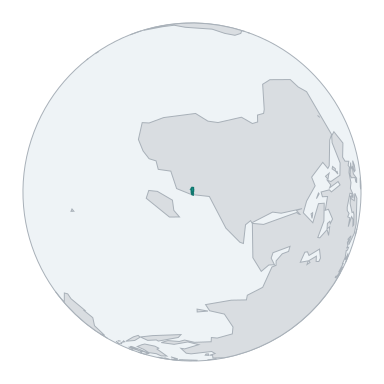 globe centered on Mtwara, rotated 108°
{"feature_id": "TZA-3388", "entity_name": "Mtwara", "entity_type": "Region", "adm_level": 1, "iso_a3": "TZA", "parent_name": "United Republic of Tanzania", "parent_adm1": "", "projection": "orthographic", "projection_center": [39.572, -10.772], "detail": "fine", "context": "on_globe", "style": "filled", "palette": "teal", "viewbox_px": 384, "rotation_deg": 108, "n_neighbors": 0, "source": "natural_earth", "source_scale": "10m", "svg_char_len": 6907}
<svg xmlns="http://www.w3.org/2000/svg" viewBox="0 0 384 384"><g transform="rotate(108 192 192)"><circle cx="192" cy="192" r="169" fill="#eef3f6" stroke="#a8b0b8"/><path d="M23.1,186.3L23.1,186.7L23.1,188.1L23.1,186.3ZM23.0,191.5L23.2,194.6L26.1,194.6L29.7,199.6L31.0,209.7L30.9,223.2L37.4,249.2L38.9,260.5L43.8,270.9L52.8,287.3L53.1,288.1L46.2,277.3L40.1,266.0L34.9,254.2L30.6,242.1L27.3,229.7L24.9,217.1L23.5,204.4L23.0,191.5ZM54.3,289.9L57.7,294.5L61.7,299.5L54.3,289.9ZM96.9,331.7L97.5,332.1L98.9,333.0L96.9,331.7ZM89.5,326.2L87.0,324.0L87.8,324.5L89.7,326.2L89.5,326.2ZM319.1,80.7L320.3,82.2L323.8,86.4L324.7,87.4L326.0,89.1L328.3,92.3L334.5,101.2L339.5,109.7L343.4,120.8L340.9,122.0L341.7,124.6L338.5,120.1L337.6,124.0L346.2,142.8L347.1,147.7L344.1,154.3L343.5,150.5L335.1,138.4L335.9,149.6L342.4,161.9L344.7,174.7L340.8,169.1L338.1,157.9L335.1,153.3L334.2,143.2L328.5,127.5L324.4,128.6L323.1,122.8L314.5,109.8L307.7,111.3L298.1,123.5L299.5,138.5L294.9,144.3L282.7,121.1L277.8,106.9L273.1,107.5L260.8,95.3L238.6,92.8L235.8,89.4L231.5,90.7L222.9,87.1L218.7,81.8L213.4,82.0L224.7,96.2L230.4,96.3L235.7,91.1L237.7,96.4L246.1,101.6L235.7,113.8L203.2,124.9L200.7,113.9L179.2,86.2L180.1,83.2L180.1,82.9L179.9,82.3L177.3,87.1L173.8,82.2L184.6,100.6L186.2,109.1L202.8,125.6L201.1,127.4L206.6,131.0L225.1,127.2L225.0,130.9L215.9,148.6L190.9,174.1L194.6,192.0L193.5,207.7L178.7,218.6L180.9,231.1L173.5,235.8L173.6,243.1L168.1,251.2L158.6,259.2L141.4,260.8L139.6,254.1L130.0,242.0L116.2,212.9L119.7,198.8L117.9,188.7L105.6,168.1L108.2,155.7L105.1,151.2L98.6,153.5L95.1,148.2L91.2,148.8L67.7,158.1L61.1,152.6L54.7,133.3L59.3,123.5L61.2,114.0L94.2,77.0L100.0,77.1L124.7,69.6L127.6,70.1L123.4,76.8L140.9,82.8L148.1,76.8L165.2,80.2L177.4,79.7L183.9,67.6L164.0,68.1L161.8,62.8L178.8,57.6L196.4,58.3L196.1,56.3L186.0,51.9L191.1,48.7L182.6,50.3L185.3,52.2L180.0,53.5L177.3,51.9L179.2,50.7L174.2,50.0L166.3,56.9L168.2,59.6L154.4,61.7L156.2,66.5L152.1,69.2L147.5,62.1L148.8,59.4L139.5,53.4L136.9,56.3L145.5,62.4L142.4,62.2L139.0,67.0L139.1,63.1L130.4,56.5L118.6,60.1L101.8,74.0L95.4,76.5L90.8,75.7L98.8,63.6L112.4,59.5L115.4,56.0L114.3,52.4L118.5,51.7L119.7,50.0L125.0,48.7L134.0,43.7L139.6,42.5L144.7,37.9L148.3,36.9L144.2,39.7L144.4,41.4L158.5,39.7L161.7,38.6L163.9,36.0L167.5,36.2L167.8,33.9L176.7,32.7L166.1,32.6L168.4,30.3L174.6,28.5L173.4,28.0L163.4,31.0L161.1,32.4L162.1,33.4L154.1,38.1L149.0,39.4L150.1,35.0L142.9,36.7L146.9,33.3L171.7,26.0L181.2,24.9L193.7,26.6L190.6,27.5L184.5,27.2L188.7,29.1L189.0,28.1L192.0,28.6L195.0,27.2L197.2,27.5L196.2,26.0L199.3,26.2L199.9,27.2L206.9,26.1L213.8,26.8L214.3,26.5L212.8,26.0L222.5,27.7L222.4,27.4L219.2,26.7L217.0,25.9L216.9,25.3L220.3,25.9L220.8,26.2L226.9,28.0L227.7,29.2L229.0,29.4L229.1,28.6L221.7,26.3L220.7,25.8L224.7,26.7L223.1,26.3L223.7,26.3L227.4,27.0L223.2,26.0L223.5,26.0L235.7,28.8L247.6,32.5L259.2,37.0L270.5,42.4L281.3,48.6L291.6,55.5L301.4,63.2L310.6,71.7L319.1,80.7ZM81.6,93.5L80.4,96.3L81.6,93.5ZM214.4,66.1L225.4,67.3L221.5,60.1L225.4,60.2L222.6,58.0L221.2,59.7L214.6,53.9L219.7,52.5L218.9,49.9L215.2,49.4L206.9,53.1L216.2,61.1L213.2,63.7L214.4,66.1ZM121.2,43.5L122.4,43.9L119.6,45.9L112.5,48.9L116.5,45.8L121.2,43.5ZM124.9,44.1L128.0,39.7L132.5,38.2L129.4,39.7L132.1,39.1L127.9,41.4L129.2,44.8L126.8,46.9L115.0,50.3L120.2,47.8L118.6,47.4L124.9,44.1ZM127.9,35.8L129.3,35.1L137.3,32.4L135.1,33.5L127.9,36.0L126.3,36.4L127.9,35.8ZM131.7,67.4L134.0,67.3L137.9,66.6L135.8,69.9L131.7,67.4ZM125.5,62.9L127.8,62.1L126.7,65.9L124.3,66.2L125.5,62.9ZM129.9,58.8L128.0,61.8L127.5,60.4L129.9,58.8ZM146.4,39.2L148.9,38.6L148.9,39.1L147.1,40.2L146.4,39.2ZM181.3,23.4L177.3,23.7L175.9,23.8L176.9,23.7L181.3,23.4ZM180.0,69.7L176.0,72.0L174.4,70.9L176.1,70.3L180.0,69.7ZM154.5,70.5L159.9,71.6L153.9,71.4L154.5,70.5ZM181.2,23.4L180.9,23.4L182.9,23.3L181.2,23.4ZM246.8,298.4L247.8,301.1L245.2,300.9L246.8,298.4ZM222.8,205.7L212.1,233.6L203.9,233.6L202.1,225.1L205.8,208.1L215.1,203.6L219.6,196.2L222.8,205.7ZM355.8,213.8L356.5,216.0L356.3,216.7L355.8,213.8ZM355.2,209.7L356.2,211.5L354.7,211.1L355.2,209.7ZM356.6,212.2L357.7,212.3L358.1,211.7L357.9,213.3L356.6,212.2ZM354.3,208.7L348.0,203.1L345.0,198.9L346.1,196.5L350.9,200.6L354.3,208.7ZM345.8,196.3L340.8,185.2L331.0,158.4L334.6,160.1L344.2,178.0L343.7,180.2L346.8,188.3L345.8,196.3ZM356.6,189.2L355.9,196.3L352.8,192.6L351.2,190.0L350.1,179.7L350.8,175.4L352.2,176.7L355.8,165.2L357.4,170.7L356.8,175.9L358.1,183.6L356.6,189.2ZM300.3,140.0L304.5,150.0L301.8,151.0L300.3,140.0ZM355.6,156.3L355.3,161.1L355.1,153.9L355.6,156.3ZM354.6,149.0L355.4,152.4L354.2,148.4L354.6,149.0ZM343.1,129.0L341.7,128.6L340.9,126.3L342.2,125.5L343.1,129.0ZM343.2,117.1L346.1,123.5L346.8,125.4L344.8,120.9L343.2,117.1ZM211.3,24.2L206.8,24.1L206.0,24.6L209.2,25.4L202.7,24.6L204.0,23.8L211.3,24.2ZM329.2,290.7L328.9,291.1L329.9,289.7L329.2,290.7ZM331.1,287.9L329.7,289.8L333.8,283.6L336.0,279.5L327.5,282.2L327.3,278.7L330.9,274.1L337.7,257.1L338.1,258.0L342.2,247.5L349.3,243.4L355.4,230.7L355.2,234.9L357.2,227.3L353.9,240.2L349.7,252.7L344.4,264.9L338.2,276.7L331.1,287.9ZM357.3,218.2L358.8,214.4L359.0,215.0L357.3,218.2ZM360.5,199.6L360.4,201.5L360.4,199.2L360.5,199.6ZM360.6,203.3L360.6,200.9L360.7,199.4L360.6,202.9L360.6,203.3ZM358.7,186.2L359.0,191.3L360.0,190.4L359.2,193.1L359.3,202.0L358.9,204.5L358.9,194.9L358.0,203.0L357.6,202.0L357.8,194.2L358.5,186.2L359.0,183.4L360.4,185.5L358.7,186.2ZM360.9,193.8L360.8,187.9L360.8,184.8L360.9,188.2L360.9,193.8ZM359.7,173.6L358.5,166.1L358.1,167.0L358.1,161.6L359.4,169.6L359.7,173.6ZM357.5,159.4L357.2,160.1L357.0,156.7L357.5,159.4ZM356.7,157.8L355.8,153.7L356.5,155.2L356.7,157.8ZM357.7,160.2L356.5,153.6L357.5,158.2L357.7,160.2ZM353.5,144.4L356.2,153.0L354.0,147.5L350.3,134.7L350.9,135.6L353.5,144.4Z" fill="#d9dde1" stroke="#a8b0b8" stroke-width="1"/><path d="M194.5,191.1L194.4,191.3L194.1,191.4L194.0,191.5L193.8,191.7L193.7,191.8L193.3,192.1L193.2,192.1L192.9,192.3L192.6,192.5L192.1,192.6L191.8,192.6L191.7,192.7L191.2,193.1L190.9,193.2L190.7,193.1L190.1,193.1L189.9,193.3L189.7,193.4L189.7,193.5L189.6,193.4L189.4,193.5L189.2,193.6L189.0,193.8L188.9,193.9L188.6,193.8L188.5,193.7L188.3,193.6L188.2,193.5L187.9,193.5L187.8,193.4L187.7,193.4L187.5,192.7L187.4,192.1L187.9,192.1L188.0,192.0L188.2,191.8L188.4,191.6L189.1,191.3L189.4,191.3L189.5,191.2L189.6,191.3L189.8,191.3L190.0,191.3L190.1,191.2L190.3,191.1L190.5,191.1L190.7,190.9L190.8,190.9L190.9,191.0L191.0,191.1L191.1,190.9L191.3,190.9L191.4,190.7L191.5,190.7L191.8,190.9L191.9,191.1L192.0,191.2L192.1,191.4L192.2,191.5L192.3,191.4L192.3,191.2L192.2,191.1L192.3,190.9L192.4,190.7L192.5,190.7L193.0,190.4L193.2,190.2L193.3,190.1L193.5,190.2L193.6,190.3L193.6,190.5L193.8,190.5L194.0,190.5L193.8,190.4L194.0,190.3L194.0,190.5L194.2,190.8L194.3,190.8L194.5,190.8L194.5,190.7L194.4,190.7L194.5,190.6L194.5,190.8L194.4,190.9L194.5,190.9L194.5,191.0L194.5,191.1Z" fill="#14b8a6" stroke="#0f766e" stroke-width="1.5"/></g></svg>